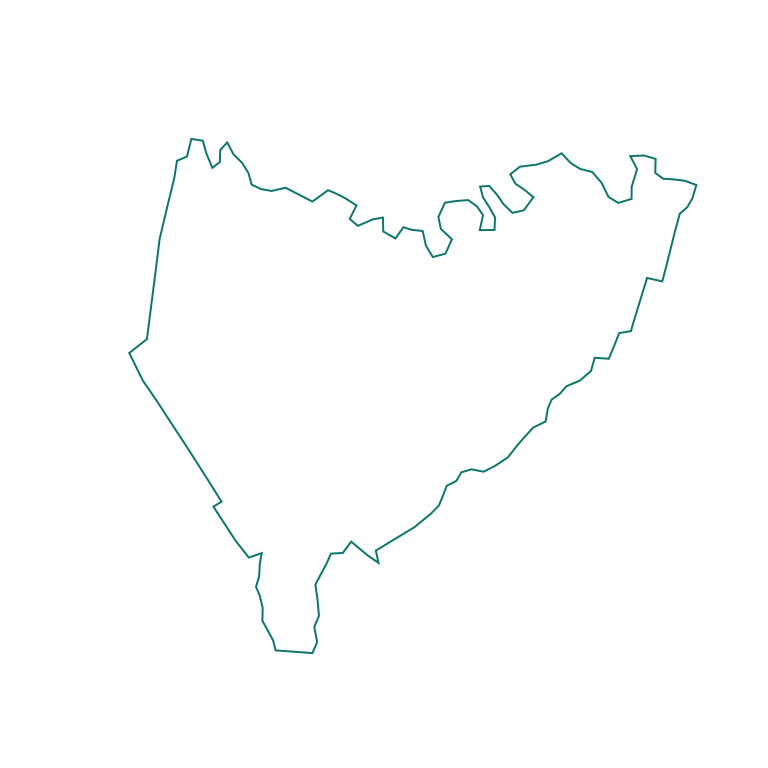 Áurea, Rio Grande do Sul, Brazil (orthographic projection), rotated 14°
{"feature_id": "56859067B65143809890428", "entity_name": "Áurea", "entity_type": "district", "adm_level": 2, "iso_a3": "BRA", "parent_name": "Brazil", "parent_adm1": "Rio Grande do Sul", "projection": "orthographic", "projection_center": [-52.066, -27.718], "detail": "fine", "context": "isolated", "style": "outline", "palette": "teal", "viewbox_px": 768, "rotation_deg": 14, "n_neighbors": 0, "source": "geoboundaries", "source_scale": "gbopen_adm2", "svg_char_len": 2059}
<svg xmlns="http://www.w3.org/2000/svg" viewBox="0 0 768 768"><g transform="rotate(14 384 384)"><path d="M596.0,305.1L597.9,292.5L599.9,277.7L610.8,272.9L611.2,262.0L613.6,217.5L629.2,217.1L629.4,199.9L629.4,165.6L629.8,147.2L635.5,139.1L638.3,129.0L638.9,115.4L626.8,114.0L614.1,115.6L605.2,117.3L596.1,113.5L593.1,99.9L581.3,99.3L567.9,103.3L577.6,114.3L576.6,132.7L579.4,144.5L567.5,151.6L556.6,148.2L546.6,136.3L534.8,127.9L522.4,127.9L512.0,124.6L500.5,117.2L489.0,128.3L478.6,134.4L463.4,140.2L455.8,149.9L462.9,157.8L473.4,161.6L483.8,166.6L477.7,181.6L467.3,186.9L456.2,180.4L447.7,172.9L438.2,166.4L429.5,169.1L434.9,178.9L443.8,187.3L451.4,195.4L454.0,207.8L439.7,211.5L439.2,196.1L431.0,189.0L421.2,185.2L409.7,189.0L399.2,193.4L396.4,208.8L401.6,219.7L414.9,227.2L412.1,242.7L400.6,249.0L391.2,239.6L384.5,226.2L373.6,227.7L364.9,227.2L359.9,240.0L346.4,236.2L342.7,222.8L333.2,227.0L320.3,236.9L310.8,232.1L314.1,217.4L301.7,213.2L291.9,210.9L282.8,209.5L270.4,224.3L257.1,221.2L241.0,217.4L228.2,223.9L217.3,224.6L207.3,222.5L201.5,212.2L192.8,203.7L182.4,197.6L173.4,187.6L168.5,196.6L171.0,208.3L165.2,215.8L156.0,203.5L149.3,191.8L137.8,192.8L137.8,211.0L129.1,217.5L130.6,233.6L130.8,245.9L130.8,262.7L131.2,297.6L135.1,329.8L143.1,397.8L129.3,415.5L149.3,439.2L159.8,448.4L169.3,456.9L180.7,467.6L208.7,493.5L233.0,516.5L247.6,530.5L254.8,537.4L248.2,544.3L277.6,571.7L294.8,585.1L306.3,577.7L307.0,588.4L309.4,601.2L308.9,611.8L314.6,619.4L320.5,630.7L323.3,643.2L331.3,651.8L338.5,659.7L343.3,668.7L379.7,662.4L381.6,650.7L375.1,636.5L377.0,624.8L371.8,609.7L366.0,595.3L368.4,585.1L371.6,572.7L373.6,561.4L384.9,557.9L390.3,544.9L400.1,549.7L409.2,554.1L421.9,558.9L416.4,547.6L441.0,522.7L448.0,515.8L454.7,506.8L461.0,498.3L466.7,488.4L468.2,478.4L469.5,467.5L477.6,460.6L480.4,451.0L489.5,445.6L501.9,445.0L511.7,436.4L521.9,425.3L527.4,413.0L532.3,403.1L539.3,390.2L549.9,381.2L548.9,368.2L550.4,358.6L556.9,351.1L561.7,341.9L573.2,333.3L581.7,321.2L582.1,307.6L596.0,305.1Z" fill="none" stroke="#0f766e" stroke-width="2"/></g></svg>